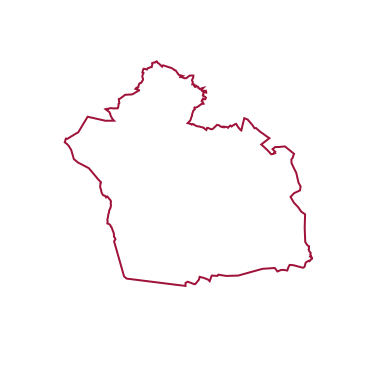 Awka South, Anambra, Nigeria (Robinson projection), rotated 115°
{"feature_id": "59680162B42338651294858", "entity_name": "Awka South", "entity_type": "district", "adm_level": 2, "iso_a3": "NGA", "parent_name": "Nigeria", "parent_adm1": "Anambra", "projection": "robinson", "projection_center": [7.051, 6.191], "detail": "fine", "context": "isolated", "style": "outline", "palette": "rose", "viewbox_px": 384, "rotation_deg": 115, "n_neighbors": 0, "source": "geoboundaries", "source_scale": "gbopen_adm2", "svg_char_len": 5798}
<svg xmlns="http://www.w3.org/2000/svg" viewBox="0 0 384 384"><g transform="rotate(115 192 192)"><path d="M279.9,158.2L277.2,159.4L275.2,158.1L274.8,154.7L274.6,151.0L274.0,150.1L268.6,148.7L265.7,149.2L264.9,145.2L264.6,140.6L265.4,138.3L259.4,138.8L257.3,133.5L255.8,133.2L253.6,125.5L248.2,114.8L231.8,95.6L225.9,84.9L227.9,81.0L226.4,79.6L225.2,78.5L223.9,76.2L222.9,72.5L221.5,72.6L220.1,72.8L216.8,72.7L215.5,69.2L213.8,59.5L212.6,58.5L211.0,58.5L208.6,59.1L207.0,58.7L205.2,57.2L204.9,57.0L205.0,56.3L204.2,56.1L203.0,55.6L202.6,55.5L202.2,55.1L201.0,55.3L200.8,56.8L200.7,57.2L200.5,57.8L199.8,57.5L199.6,57.1L199.3,57.4L198.5,58.5L197.4,58.5L196.8,59.0L196.5,60.0L195.9,61.0L194.8,62.0L194.1,61.9L193.0,62.6L191.8,62.9L191.5,64.9L189.5,68.2L176.7,74.8L164.4,80.1L163.6,84.8L161.0,89.1L158.6,95.2L154.8,100.6L149.9,99.0L144.9,94.8L141.1,95.9L138.4,99.5L130.6,105.6L126.3,111.0L123.5,114.2L120.4,115.7L118.4,115.2L116.4,115.6L114.3,115.6L111.4,127.0L112.7,129.3L114.2,131.7L116.2,135.7L119.1,137.1L120.4,133.6L121.3,134.1L121.7,133.2L123.3,134.7L124.3,136.2L122.2,141.3L121.5,143.6L120.6,146.1L119.7,149.3L116.1,147.5L110.5,144.6L109.9,148.5L109.1,152.5L108.6,155.5L107.0,161.1L107.8,162.3L105.8,165.5L102.8,172.2L103.0,175.8L109.2,174.6L115.4,173.3L115.4,173.6L114.9,175.0L114.4,176.2L113.8,177.3L113.3,178.3L112.8,179.1L112.5,179.4L111.8,180.5L111.6,180.9L112.7,181.9L113.1,182.0L113.7,182.6L115.4,183.6L115.9,183.8L115.6,185.4L117.1,186.0L118.6,186.5L118.4,187.0L118.3,187.3L118.3,187.7L118.5,188.4L119.0,189.7L119.4,190.9L119.9,190.5L120.2,191.2L120.3,192.6L120.5,192.7L120.5,193.0L120.6,194.0L120.1,195.6L120.6,197.7L125.7,199.7L126.6,200.3L127.1,201.4L127.1,202.6L127.1,204.2L127.2,204.7L127.5,205.4L129.7,205.2L129.4,207.0L129.0,208.2L129.1,208.7L128.8,208.9L128.9,209.6L129.3,211.3L129.6,213.3L129.9,213.9L130.0,214.4L130.2,215.0L130.3,215.9L130.2,216.7L130.3,217.7L130.2,218.3L130.0,218.8L130.0,219.4L130.1,219.9L130.3,220.6L131.0,220.7L131.0,221.4L130.9,222.1L131.4,225.0L130.6,224.7L129.6,224.4L128.4,223.9L127.2,223.8L126.4,223.9L125.8,224.0L124.4,224.2L123.5,224.2L123.0,224.2L121.6,224.7L118.0,225.2L117.0,224.9L115.9,224.4L115.2,224.9L114.9,225.4L114.4,225.4L114.3,224.8L112.9,223.3L111.6,222.4L109.0,221.0L108.5,220.8L108.2,220.6L107.1,218.8L106.7,219.2L106.6,220.3L106.0,220.6L105.2,220.8L105.3,221.7L104.2,221.7L102.8,221.5L102.9,221.0L102.7,220.4L102.5,219.4L102.4,219.2L100.7,219.2L100.2,220.2L100.2,220.8L100.3,222.2L100.0,223.0L99.3,223.1L98.9,222.9L97.7,223.5L97.1,223.4L96.7,223.5L96.2,222.2L95.9,221.1L95.0,221.6L94.6,222.0L95.0,222.2L94.9,222.4L94.6,222.5L95.0,223.3L95.4,224.2L95.6,224.7L96.1,224.9L96.2,225.0L96.2,225.5L95.4,226.9L95.1,226.7L94.3,226.3L93.4,225.9L92.8,225.7L93.2,226.2L94.1,227.1L95.0,228.1L95.4,228.6L94.9,229.6L94.6,230.2L94.8,230.4L94.1,231.0L94.2,231.7L94.2,232.1L94.3,232.4L94.2,232.5L93.9,233.3L94.3,233.5L95.3,233.3L95.5,233.7L95.4,234.0L95.2,234.3L94.4,235.4L94.2,235.5L93.7,235.5L93.8,236.5L94.2,237.0L94.3,237.2L93.9,237.3L93.0,237.5L92.3,237.6L91.8,237.9L91.2,238.8L90.8,239.2L90.3,239.3L89.2,239.3L88.2,239.2L87.7,239.3L87.0,239.5L85.9,240.0L87.1,242.6L87.3,243.1L88.5,243.9L90.1,244.7L91.2,245.2L91.7,246.2L92.1,247.1L92.2,249.8L92.8,251.2L92.6,251.2L92.3,251.0L91.4,250.1L90.8,249.6L90.9,250.2L91.0,251.4L91.3,252.3L91.5,253.3L91.2,253.9L90.1,255.8L89.1,257.6L88.8,258.0L88.9,258.3L88.7,259.4L88.9,259.7L88.8,259.9L88.5,261.1L88.3,262.9L89.4,271.5L89.7,272.0L91.0,272.1L90.7,273.0L90.4,273.5L90.4,274.0L89.7,275.8L89.5,276.3L89.6,276.7L89.5,277.6L88.6,278.9L88.5,279.2L88.9,279.6L89.9,280.0L90.4,280.4L90.4,280.9L90.7,281.2L91.0,281.5L92.1,282.6L93.3,281.8L94.2,281.6L95.7,281.5L95.9,281.4L96.2,282.1L96.5,282.5L97.2,282.9L98.5,284.4L99.9,284.5L100.1,284.9L100.3,286.0L100.4,286.8L100.5,287.3L100.8,288.0L101.8,287.9L102.9,287.8L104.6,287.5L104.7,286.2L106.1,286.3L107.8,286.0L108.7,285.6L109.1,285.4L109.7,284.6L110.2,284.2L110.8,283.9L111.2,283.8L111.6,283.9L112.0,284.0L113.1,284.0L113.7,284.0L114.2,284.1L114.6,284.3L114.8,284.4L115.0,284.6L115.0,285.0L116.6,285.6L118.4,285.3L118.7,285.3L119.1,285.1L119.5,285.0L119.9,284.9L120.3,285.5L120.8,286.3L121.1,286.4L122.4,286.8L122.2,284.6L122.1,283.0L122.4,282.9L122.9,283.3L125.4,285.1L127.7,286.6L128.9,287.6L131.9,293.2L132.4,293.9L132.7,293.9L138.0,296.8L138.7,297.6L140.2,296.8L142.0,295.5L142.5,295.4L143.1,295.8L143.4,295.7L145.0,295.1L146.0,294.8L146.9,294.7L147.5,294.7L147.8,294.9L147.8,295.3L147.9,295.7L148.1,295.9L148.3,296.3L148.6,296.9L149.3,298.0L149.5,298.7L149.9,300.0L150.5,301.4L151.2,302.4L152.0,302.7L152.4,303.9L152.6,304.4L153.5,305.4L153.8,304.1L154.3,301.4L154.6,300.5L155.2,299.8L155.7,299.2L156.2,299.0L156.4,298.7L157.2,297.9L158.3,296.6L159.4,295.0L160.3,292.8L164.0,300.5L167.9,318.4L185.9,320.3L189.3,322.7L196.6,327.5L196.7,328.0L196.7,328.5L196.9,328.9L197.5,328.8L199.3,328.5L200.7,328.4L201.0,327.1L201.3,325.7L202.4,323.1L203.4,321.6L204.9,319.3L206.1,318.2L212.1,313.0L213.5,307.6L213.7,302.0L214.0,295.7L215.6,292.1L217.2,288.7L220.0,282.8L221.1,280.2L221.5,278.8L222.1,278.4L222.7,278.6L223.2,278.6L223.5,278.4L224.4,278.0L225.2,277.8L226.1,277.4L226.8,277.0L227.9,275.8L228.8,275.1L229.7,274.5L230.8,273.6L231.2,273.0L232.2,271.8L232.4,271.2L232.5,271.1L232.4,270.3L232.2,269.9L232.3,269.1L232.6,268.7L232.9,268.1L233.2,267.6L231.9,267.1L232.3,265.7L232.8,264.9L233.0,264.5L233.3,263.8L233.8,262.7L234.2,262.0L234.6,261.8L235.0,261.3L235.3,261.3L235.9,261.2L236.3,261.1L236.8,260.7L238.6,259.7L240.7,259.2L241.3,259.3L241.9,259.1L243.3,259.3L245.3,258.7L247.9,258.3L250.6,257.5L253.0,257.0L254.1,256.1L256.3,255.4L256.1,254.3L256.4,252.4L257.1,251.3L257.7,250.9L257.9,250.1L262.5,245.4L264.8,244.1L265.5,243.8L265.9,242.8L267.2,241.4L269.6,241.8L297.2,217.9L298.1,214.6L279.9,158.2Z" fill="none" stroke="#9f1239" stroke-width="2"/></g></svg>